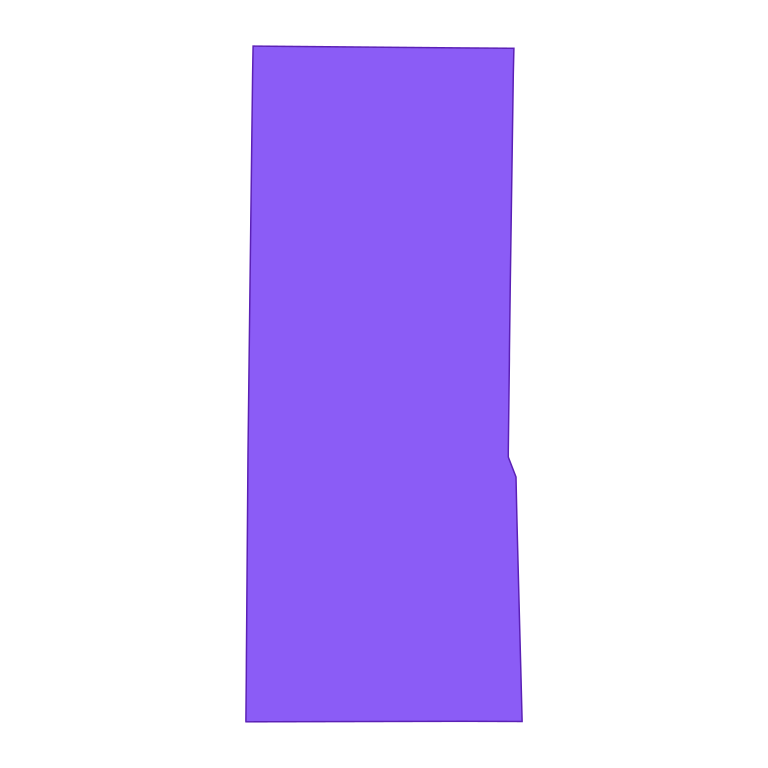 outline of Valcheta, Río Negro, Argentina
{"feature_id": "61730980B79261334873375", "entity_name": "Valcheta", "entity_type": "district", "adm_level": 2, "iso_a3": "ARG", "parent_name": "Argentina", "parent_adm1": "Río Negro", "projection": "albers", "projection_center": [-66.153, -40.955], "detail": "fine", "context": "isolated", "style": "filled", "palette": "violet", "viewbox_px": 768, "rotation_deg": 0, "n_neighbors": 0, "source": "geoboundaries", "source_scale": "gbopen_adm2", "svg_char_len": 475}
<svg xmlns="http://www.w3.org/2000/svg" viewBox="0 0 768 768"><path d="M522.1,721.5L522.1,721.2L522.1,720.9L520.8,669.6L519.4,616.2L517.1,526.8L516.6,505.3L516.0,477.0L508.6,457.9L508.3,456.9L508.3,450.6L509.4,359.3L509.4,354.8L509.5,346.4L510.2,289.7L513.3,74.1L513.9,48.3L458.0,47.9L253.1,46.1L252.6,74.5L249.7,310.3L248.0,452.9L246.7,620.9L246.4,658.1L246.3,676.5L245.9,721.3L246.0,721.8L463.1,721.3L522.1,721.5Z" fill="#8b5cf6" stroke="#5b21b6" stroke-width="1.5"/></svg>